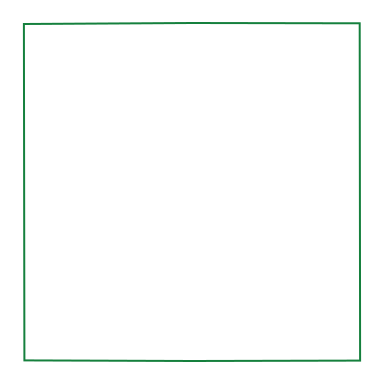 Lake, South Dakota, United States of America (Mercator projection)
{"feature_id": "52423323B90416567000763", "entity_name": "Lake", "entity_type": "district", "adm_level": 2, "iso_a3": "USA", "parent_name": "United States of America", "parent_adm1": "South Dakota", "projection": "mercator", "projection_center": [-97.164, 44.022], "detail": "fine", "context": "isolated", "style": "outline", "palette": "green", "viewbox_px": 384, "rotation_deg": 0, "n_neighbors": 0, "source": "geoboundaries", "source_scale": "gbopen_adm2", "svg_char_len": 205}
<svg xmlns="http://www.w3.org/2000/svg" viewBox="0 0 384 384"><path d="M24.4,360.4L192.2,361.0L360.1,360.6L359.7,23.3L191.8,23.0L23.9,24.0L24.4,360.4Z" fill="none" stroke="#15803d" stroke-width="2"/></svg>